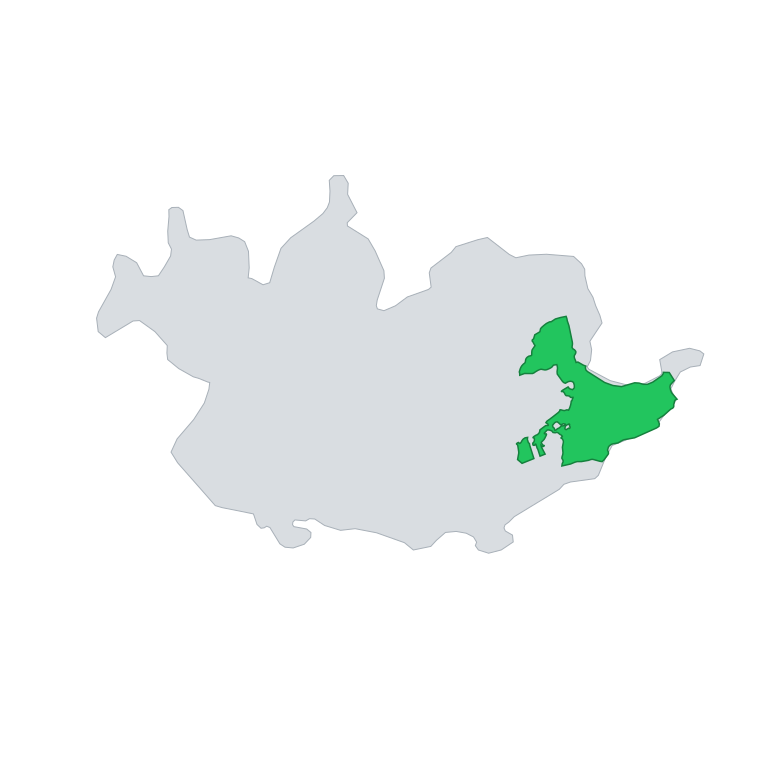 location of Vaud within Switzerland, rotated 198°
{"feature_id": "CHE-3422", "entity_name": "Vaud", "entity_type": "Canton", "adm_level": 1, "iso_a3": "CHE", "parent_name": "Switzerland", "parent_adm1": "", "projection": "orthographic", "projection_center": [6.845, 46.59], "detail": "fine", "context": "in_parent", "style": "filled", "palette": "green", "viewbox_px": 768, "rotation_deg": 198, "n_neighbors": 0, "source": "natural_earth", "source_scale": "10m", "svg_char_len": 7468}
<svg xmlns="http://www.w3.org/2000/svg" viewBox="0 0 768 768"><g transform="rotate(198 384 384)"><path d="M551.9,242.9L555.9,245.3L565.5,253.4L563.8,267.9L554.0,291.4L549.0,310.4L548.9,324.9L550.2,331.6L552.1,331.4L562.3,332.1L567.5,331.9L583.9,335.2L597.3,340.4L600.0,346.3L602.0,353.6L618.0,363.0L636.1,368.8L642.1,366.4L663.3,342.0L672.0,345.5L677.7,357.8L677.8,364.4L672.8,389.6L672.4,403.0L678.1,411.6L678.9,418.5L677.7,424.8L668.8,425.8L656.7,422.9L646.1,412.6L638.6,414.2L632.0,417.2L629.1,427.5L626.5,439.8L627.8,446.6L632.8,451.6L636.9,462.5L640.2,476.7L642.5,483.3L640.3,486.3L634.1,488.5L628.8,486.8L618.9,470.0L614.4,463.6L607.1,462.8L594.5,467.4L575.2,477.7L567.3,478.0L560.5,476.3L553.9,468.3L548.1,452.8L546.0,443.0L542.3,443.4L529.7,441.0L524.0,445.0L524.4,461.1L523.9,481.2L517.9,494.3L501.0,517.2L494.8,527.2L492.4,534.2L492.1,540.3L495.0,550.8L499.0,560.8L496.1,566.6L486.8,569.8L480.1,563.9L477.2,553.1L462.6,538.6L468.8,526.0L467.6,523.0L443.9,517.1L433.6,507.9L419.1,491.7L416.3,484.7L416.4,461.7L415.5,456.1L413.5,453.4L406.7,453.7L397.3,461.9L388.7,474.0L370.9,487.7L369.1,490.7L375.3,503.7L375.2,508.8L360.7,529.9L358.0,536.9L339.4,550.2L330.9,555.3L304.8,545.9L297.6,544.8L286.0,551.4L269.6,557.6L243.1,563.9L233.3,559.4L228.6,555.2L226.3,548.9L219.6,537.7L212.1,531.1L206.9,523.9L199.9,516.0L195.5,509.4L201.4,488.3L197.1,480.8L194.9,470.2L196.0,463.1L193.7,461.3L169.9,457.1L150.2,458.3L136.0,465.3L124.4,476.9L123.0,479.5L123.6,481.6L129.3,492.4L119.5,503.7L104.4,512.4L93.8,513.1L89.1,511.4L89.1,499.2L97.9,494.8L105.9,487.0L108.6,475.8L109.7,468.0L101.5,458.4L102.5,452.6L107.8,441.6L110.9,431.9L115.0,423.5L131.5,409.8L148.0,396.0L150.6,381.3L151.9,363.4L154.3,359.1L176.4,348.4L181.9,344.2L184.7,338.1L202.0,318.0L219.1,298.1L222.5,291.4L225.4,287.4L225.4,284.2L223.2,281.7L215.1,280.0L212.3,273.7L221.2,262.4L232.2,255.4L242.9,255.3L247.2,258.5L247.0,262.2L251.6,266.2L259.7,267.5L269.8,266.1L279.7,261.8L285.8,251.6L289.3,244.0L304.8,235.2L315.5,239.4L345.1,240.2L366.7,237.5L380.1,231.4L396.8,231.1L408.1,234.2L410.1,233.7L413.2,232.9L416.2,229.6L426.7,227.2L428.0,224.6L427.5,221.9L425.6,220.5L412.7,222.2L407.6,220.2L406.3,215.4L410.3,207.0L419.7,200.0L427.7,198.2L433.6,199.8L448.1,212.2L451.6,212.5L453.5,210.2L456.4,208.8L461.4,211.2L467.1,218.9L468.1,220.1L499.8,216.4L506.9,216.2L528.9,229.3L551.9,242.9Z" fill="#d9dde1" stroke="#a8b0b8" stroke-width="1"/><path d="M109.0,477.0L111.4,471.7L111.2,469.6L109.6,466.7L107.7,464.5L101.3,460.5L100.6,460.1L102.2,458.6L102.4,457.4L102.2,456.1L102.2,454.6L102.1,454.0L101.8,453.2L101.5,452.3L101.5,451.4L102.0,450.2L103.6,448.6L108.2,440.7L113.0,434.9L111.9,433.7L109.8,431.2L109.4,428.7L111.2,426.4L129.0,410.3L138.5,405.2L139.8,404.1L143.3,400.2L147.7,397.9L149.1,396.9L150.5,395.0L151.1,393.4L151.0,390.2L150.0,389.1L149.4,388.2L149.0,387.1L149.2,386.1L151.3,379.9L152.2,378.3L152.5,377.6L154.9,377.2L161.6,376.9L162.8,376.7L164.1,376.0L165.9,374.6L172.3,371.2L176.3,369.9L178.3,368.6L181.8,365.6L189.5,361.0L189.9,363.4L189.6,365.2L190.0,366.4L190.7,367.3L191.8,368.2L192.1,369.2L192.2,370.3L192.2,372.1L192.4,373.3L192.6,374.1L194.8,379.0L195.4,384.0L195.9,385.4L197.4,386.9L197.7,387.1L198.0,387.2L198.6,387.1L198.8,387.2L199.0,387.6L198.9,388.0L198.7,388.4L198.3,388.8L198.2,389.3L198.4,389.5L200.0,390.3L200.5,390.4L200.9,390.4L201.5,390.6L202.9,391.2L203.5,391.4L203.9,391.4L205.0,391.3L205.7,390.7L206.6,390.4L207.2,390.3L208.2,390.1L208.7,390.4L209.4,390.9L210.0,391.2L210.6,391.3L212.4,391.3L213.1,391.2L214.1,390.9L214.4,390.7L214.8,390.3L215.8,388.0L216.3,387.1L216.3,386.7L216.1,386.4L215.3,386.3L214.3,386.7L214.1,386.5L213.8,386.0L214.3,382.1L214.5,381.4L214.6,380.8L214.9,380.2L215.5,378.9L216.2,377.6L216.3,377.0L215.9,376.4L214.5,375.3L213.7,375.0L213.1,374.8L212.7,374.9L212.7,374.2L213.1,373.9L213.6,373.6L214.4,373.2L214.7,373.3L215.0,373.5L215.3,373.8L215.5,373.9L215.1,373.2L214.7,372.6L209.1,367.1L213.3,363.6L217.4,369.3L217.8,369.7L218.6,370.4L220.7,373.4L221.1,373.7L221.4,373.7L221.5,373.6L221.7,373.2L221.7,372.9L221.7,372.5L222.0,372.3L222.3,372.0L222.8,371.9L223.2,371.9L223.4,372.0L223.7,372.4L224.0,373.0L224.2,373.8L223.8,374.6L223.5,375.5L223.5,376.4L223.9,378.1L224.4,378.8L224.7,379.1L225.4,378.9L225.5,378.9L225.7,379.1L225.6,379.7L225.1,380.5L223.8,382.1L223.1,382.7L222.5,383.2L222.0,384.0L221.2,385.9L221.5,388.6L217.9,393.7L217.4,394.3L216.9,394.7L215.2,395.2L215.0,395.5L215.4,396.2L215.9,396.6L216.3,396.8L218.0,397.2L218.1,397.3L217.6,398.9L213.8,404.2L209.3,410.9L208.5,412.8L208.5,413.1L208.7,413.4L208.7,413.7L208.4,413.9L207.7,414.1L205.6,414.2L204.1,414.5L202.0,416.0L200.4,416.1L200.1,418.1L200.0,419.0L200.0,421.3L200.2,423.4L200.4,424.5L200.6,425.5L200.5,425.9L200.2,426.1L200.0,426.3L200.1,426.7L200.1,427.2L200.2,427.9L200.0,428.8L200.0,429.4L200.1,429.7L201.3,429.2L201.9,429.0L202.7,429.0L203.7,429.8L205.6,429.6L207.1,429.2L207.6,429.4L208.3,429.8L209.8,431.3L210.7,431.9L211.3,432.1L212.3,431.8L212.8,431.7L213.0,431.9L212.8,432.4L212.1,433.4L208.8,437.2L208.4,437.7L208.0,438.1L206.4,437.0L206.1,436.9L205.0,436.8L203.3,436.9L202.9,436.9L201.8,439.2L202.7,441.8L204.2,443.9L204.8,444.2L205.8,444.5L207.7,444.2L208.8,443.6L209.8,442.9L211.7,440.8L213.1,440.8L214.9,441.5L222.3,447.0L223.2,449.2L223.6,451.2L223.7,452.0L224.0,453.0L224.4,453.8L224.8,454.5L225.1,455.2L225.6,455.5L225.7,455.8L228.7,454.3L229.3,452.6L229.5,452.1L229.9,451.5L231.2,450.0L233.5,448.0L234.4,447.5L235.3,447.1L239.2,446.6L240.3,445.9L241.7,444.7L243.8,442.3L244.8,440.9L246.1,439.8L253.6,437.4L257.6,434.3L258.2,435.9L258.5,436.5L258.9,437.0L259.1,437.6L259.1,438.4L259.1,439.8L259.1,441.0L258.9,442.6L258.5,444.1L257.6,446.0L256.9,447.0L256.5,447.7L256.4,448.4L256.8,451.0L256.7,452.2L256.2,453.5L255.0,455.1L252.9,456.4L252.5,457.1L252.9,458.7L253.3,459.9L253.6,461.4L253.6,462.5L252.2,467.2L253.5,468.2L255.4,470.1L256.2,470.5L256.5,471.1L256.6,471.7L255.9,472.8L255.7,473.5L255.8,477.4L254.2,479.2L252.0,481.7L251.9,482.3L252.2,484.8L251.7,486.3L250.1,489.0L248.3,491.7L245.8,494.2L244.2,494.9L241.1,498.8L236.8,501.7L231.7,504.6L230.2,502.6L229.2,500.7L226.2,496.7L217.8,482.0L217.1,480.3L216.5,476.9L215.1,475.8L213.4,475.4L211.7,474.3L211.2,472.9L211.4,471.4L211.7,470.2L211.7,469.2L210.9,467.5L208.9,465.2L208.0,463.8L206.4,464.8L200.1,463.5L197.6,463.4L197.5,461.6L196.3,459.7L194.3,458.7L174.6,453.6L165.8,453.3L157.3,454.9L146.0,462.6L141.7,463.7L137.4,463.8L133.3,465.1L129.0,468.8L125.2,473.8L122.3,477.6L121.6,480.2L121.9,481.4L116.3,483.1L110.3,478.1L109.0,477.0ZM207.5,401.6L208.5,401.1L209.5,400.2L210.4,398.3L210.9,396.9L210.2,395.4L209.1,394.8L208.3,394.5L207.8,393.5L207.1,392.7L206.4,393.2L205.9,394.0L205.0,395.3L204.2,395.9L203.1,397.5L202.5,398.8L201.1,399.4L200.1,399.9L199.4,400.5L198.9,401.0L199.2,401.8L200.1,401.8L201.2,401.6L202.7,400.2L203.7,399.9L205.2,400.7L206.3,401.1L207.5,401.6ZM195.7,403.2L196.5,402.4L197.2,401.8L198.2,400.5L198.4,399.1L198.3,397.6L197.5,396.9L196.6,396.9L195.6,398.0L194.7,399.1L193.8,399.1L193.5,400.0L194.0,401.0L194.7,401.6L195.0,402.9L195.7,403.2ZM228.2,351.2L233.6,353.4L234.5,359.9L235.0,361.3L237.8,366.9L238.1,367.2L238.6,367.5L239.4,367.9L239.5,368.2L239.2,368.8L238.2,369.9L237.9,370.0L237.7,369.9L237.3,369.4L237.0,369.3L236.5,369.4L236.0,370.0L235.6,370.9L235.3,372.6L235.0,373.6L234.7,374.4L234.3,375.0L233.2,376.4L230.9,377.6L230.8,377.1L230.6,375.7L228.7,373.0L227.2,372.2L226.6,370.9L218.4,359.4L228.2,351.2Z" fill="#22c55e" stroke="#15803d" stroke-width="1.5"/></g></svg>